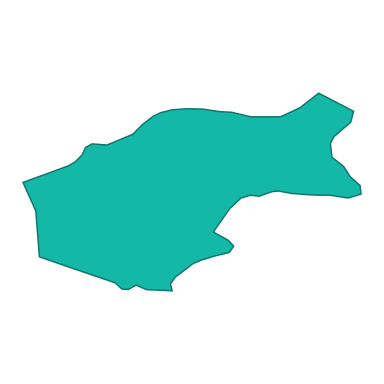 João Dias, Rio Grande do Norte, Brazil
{"feature_id": "56859067B63988167258513", "entity_name": "João Dias", "entity_type": "district", "adm_level": 2, "iso_a3": "BRA", "parent_name": "Brazil", "parent_adm1": "Rio Grande do Norte", "projection": "albers", "projection_center": [-37.823, -6.289], "detail": "fine", "context": "isolated", "style": "filled", "palette": "teal", "viewbox_px": 384, "rotation_deg": 0, "n_neighbors": 0, "source": "geoboundaries", "source_scale": "gbopen_adm2", "svg_char_len": 842}
<svg xmlns="http://www.w3.org/2000/svg" viewBox="0 0 384 384"><path d="M172.1,290.8L170.5,283.8L175.0,277.4L193.0,263.6L201.7,260.0L214.4,256.1L229.2,252.5L233.7,246.2L228.5,240.5L213.3,232.0L229.9,208.4L240.9,198.1L250.3,195.2L259.1,196.2L271.9,191.7L278.5,191.0L291.2,193.4L309.1,194.8L319.4,195.2L329.7,195.2L348.2,198.0L361.0,194.1L360.1,185.6L350.0,176.5L343.7,166.5L332.0,157.3L330.4,143.5L333.8,136.8L350.7,122.2L353.6,111.3L318.7,93.2L300.0,107.7L287.9,113.4L280.5,116.8L250.7,116.8L231.7,112.3L219.6,111.6L203.1,109.1L187.6,108.7L172.1,109.8L160.6,112.7L153.4,116.1L143.1,124.0L132.7,134.3L107.0,145.0L92.2,143.9L85.5,147.5L82.2,154.8L75.2,161.8L68.5,165.8L23.0,182.4L35.8,210.9L39.4,256.8L66.0,266.1L115.1,282.8L122.0,289.1L128.5,289.4L136.1,285.1L146.4,289.6L172.1,290.8Z" fill="#14b8a6" stroke="#0f766e" stroke-width="1.5"/></svg>